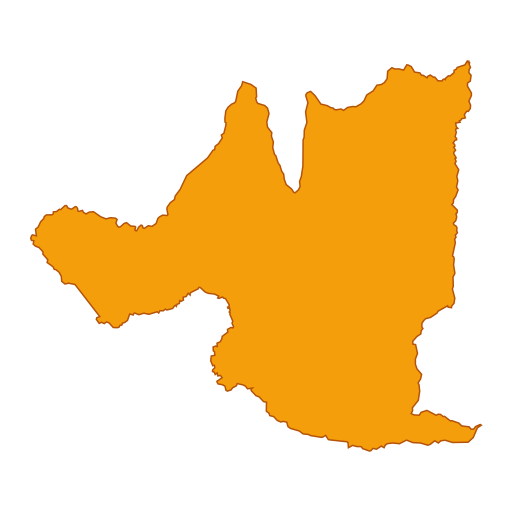 the district of Barra do Garças, Mato Grosso, Brazil
{"feature_id": "56859067B49829973992443", "entity_name": "Barra do Garças", "entity_type": "district", "adm_level": 2, "iso_a3": "BRA", "parent_name": "Brazil", "parent_adm1": "Mato Grosso", "projection": "orthographic", "projection_center": [-52.509, -15.357], "detail": "fine", "context": "isolated", "style": "filled", "palette": "amber", "viewbox_px": 512, "rotation_deg": 0, "n_neighbors": 0, "source": "geoboundaries", "source_scale": "gbopen_adm2", "svg_char_len": 6014}
<svg xmlns="http://www.w3.org/2000/svg" viewBox="0 0 512 512"><path d="M467.3,61.0L464.9,64.9L457.3,67.4L456.0,69.4L454.1,70.3L454.0,72.7L450.0,76.0L448.4,75.8L445.7,78.2L445.2,79.6L444.3,79.0L443.1,79.4L442.0,80.9L437.9,80.8L434.8,77.1L433.5,77.2L430.2,75.0L427.8,76.3L427.1,77.8L423.1,75.3L421.5,75.3L419.9,72.9L414.6,72.1L411.3,66.6L408.3,65.1L406.8,64.8L403.6,70.1L398.9,68.9L394.9,69.0L391.9,67.7L387.7,71.2L387.1,78.7L384.4,82.6L381.3,84.5L376.9,85.2L373.1,90.9L366.7,95.0L364.1,100.7L361.4,103.6L355.9,106.8L352.8,106.5L347.7,107.4L343.5,110.4L341.1,109.0L336.3,109.8L334.4,109.5L333.4,108.2L330.7,107.6L327.2,105.6L320.9,104.1L315.0,95.6L310.6,91.4L307.2,92.8L305.9,94.5L305.9,96.2L307.9,102.7L305.6,111.9L306.9,122.5L304.3,130.1L304.1,137.3L303.1,139.9L302.9,166.1L301.3,176.6L299.6,181.4L300.1,186.6L298.4,189.9L295.1,192.8L293.7,192.3L291.6,189.0L286.2,184.6L284.3,179.3L283.7,174.2L281.6,171.1L280.0,165.6L278.1,162.8L275.8,155.7L274.5,154.4L272.7,147.5L273.4,142.1L271.4,136.2L271.8,132.7L267.5,127.1L267.1,124.4L266.8,121.9L269.0,113.6L267.5,108.1L264.7,105.5L257.8,103.4L256.7,101.9L255.7,97.9L256.6,96.8L256.1,88.1L250.9,84.4L242.7,81.7L241.6,85.7L237.8,91.2L235.7,101.3L234.6,102.8L231.7,104.1L228.1,107.2L225.8,110.9L224.9,118.4L225.0,122.1L226.1,123.0L225.6,126.4L223.9,133.2L221.3,135.1L222.3,137.9L218.5,143.7L215.2,146.2L214.6,149.7L213.0,150.2L207.6,157.9L186.7,175.6L180.2,189.3L175.2,196.0L174.5,199.5L170.3,202.7L167.2,207.1L166.9,209.2L167.9,214.6L167.1,215.5L162.7,215.1L159.6,216.8L157.9,218.4L156.1,223.5L152.0,226.4L148.3,225.7L144.5,228.3L143.1,228.0L142.3,225.6L141.0,225.1L138.7,227.1L136.6,230.8L135.2,230.5L135.0,228.9L135.7,227.1L135.0,226.4L130.7,226.0L126.6,222.7L124.2,223.4L120.5,226.7L119.0,227.2L117.7,226.4L115.9,223.1L117.1,219.5L115.6,218.2L110.4,217.7L106.1,218.9L100.8,216.8L93.4,211.7L89.2,212.1L86.1,213.9L83.4,212.4L82.5,210.4L78.8,211.4L77.9,211.0L77.6,208.5L76.5,206.9L75.3,206.6L71.9,209.0L70.6,209.0L67.8,207.9L66.6,205.6L65.0,205.6L60.7,209.6L59.3,209.3L56.5,211.6L53.4,211.8L53.2,213.9L52.1,214.8L46.4,214.9L44.3,216.5L43.7,218.6L40.7,221.7L38.1,227.1L35.5,229.2L36.4,235.8L32.6,234.9L31.7,235.5L30.7,238.3L31.5,240.4L33.8,240.7L33.2,244.1L35.5,246.2L39.0,247.5L42.3,251.0L43.0,252.1L42.9,254.1L47.8,259.8L47.1,262.5L53.1,266.8L54.2,269.3L56.0,269.7L59.2,272.4L61.3,276.4L61.7,281.3L65.0,284.0L68.6,283.2L75.0,284.5L99.8,316.6L96.8,317.7L96.3,319.3L99.2,323.4L101.4,322.3L104.3,323.6L106.5,321.9L109.1,322.9L113.2,327.5L117.3,327.7L119.0,327.2L120.0,325.3L121.9,325.0L122.4,323.2L124.7,322.5L127.5,320.4L129.7,314.0L133.2,315.0L134.0,313.2L135.2,313.2L138.8,314.7L143.9,313.2L148.8,314.3L157.2,311.8L158.7,313.0L160.0,310.7L163.2,310.8L165.4,309.1L166.9,310.0L172.6,308.5L174.6,305.8L175.6,305.3L176.3,306.3L177.1,304.2L179.3,303.5L179.8,300.6L181.0,301.3L183.4,300.1L183.2,297.2L186.2,296.5L188.1,293.3L190.1,295.0L190.1,293.3L190.9,292.5L198.2,288.8L198.9,287.4L200.1,287.4L205.1,292.0L208.2,293.3L214.6,294.1L218.7,296.1L217.7,298.0L218.9,298.4L222.5,297.0L223.6,298.2L225.5,298.6L229.2,304.8L229.2,305.9L227.6,307.2L228.1,308.4L229.5,307.8L230.1,310.6L229.2,312.0L230.1,312.7L229.9,314.4L232.8,321.2L232.0,323.0L233.5,326.8L232.9,327.9L231.0,327.5L227.5,329.4L227.8,332.1L222.2,336.4L221.8,339.0L220.0,341.9L217.0,343.2L217.3,346.5L215.5,346.1L213.1,347.0L213.3,350.8L214.5,351.7L214.8,355.3L211.3,356.0L210.7,360.7L212.7,365.7L214.1,365.2L214.6,366.0L214.7,367.9L212.7,369.8L212.5,371.5L214.4,372.3L215.2,374.5L217.2,373.0L217.8,375.9L220.5,375.5L222.1,377.7L216.9,381.3L217.2,382.5L218.2,384.0L222.1,384.6L225.0,386.2L225.9,390.2L227.3,391.1L231.0,390.0L232.6,387.8L236.4,385.8L237.3,383.6L243.1,384.9L245.5,386.2L247.5,388.8L252.3,388.1L251.0,389.3L251.3,390.7L255.9,395.6L259.0,396.8L263.6,401.6L266.5,402.2L266.3,411.2L268.9,413.1L269.8,415.6L273.7,416.6L277.3,420.5L280.9,422.0L283.0,421.4L286.7,422.1L288.0,426.6L290.4,428.4L299.3,431.0L303.1,433.9L308.5,434.5L310.6,435.6L321.1,437.3L322.5,437.2L325.7,435.4L328.3,439.5L329.2,439.8L347.1,441.8L348.0,442.7L348.4,447.7L352.6,445.4L357.1,446.6L360.3,446.6L361.5,446.9L362.6,448.6L369.4,451.0L370.7,450.8L373.0,448.4L376.5,449.2L381.3,446.1L384.1,447.7L385.1,445.3L387.2,443.7L392.5,443.0L399.5,443.7L406.5,440.1L412.8,442.6L420.4,443.0L427.8,445.2L430.3,444.3L434.8,440.8L438.3,443.0L440.9,440.8L445.0,440.2L452.6,442.5L468.1,442.2L473.2,437.6L477.4,427.8L481.3,425.2L480.2,424.5L475.5,426.6L473.7,429.1L471.0,429.2L469.3,426.9L461.7,425.9L458.9,423.1L452.0,420.7L450.2,420.8L444.6,416.4L443.0,416.5L440.5,414.4L438.2,414.2L436.2,415.3L426.9,410.4L421.1,412.3L419.2,415.2L413.9,414.9L411.2,413.6L412.6,410.6L412.4,407.8L418.3,400.3L419.7,391.1L419.0,384.8L418.1,382.9L420.6,378.9L421.6,374.3L417.0,368.9L415.4,364.3L415.4,359.1L417.5,353.4L415.6,344.6L412.9,344.1L412.7,341.4L416.9,336.5L420.8,333.9L421.2,330.7L422.9,328.5L421.9,327.1L421.9,323.4L423.7,320.6L425.6,318.7L430.6,317.4L437.1,313.0L437.9,311.3L447.6,305.8L448.0,307.1L451.5,307.7L451.6,306.1L454.0,303.3L454.8,298.2L452.4,289.0L453.3,286.2L453.0,277.1L454.9,273.3L453.6,265.0L454.2,259.1L453.8,257.0L452.5,255.9L455.3,242.8L454.7,239.1L456.0,237.2L455.3,235.2L457.4,232.7L456.7,230.8L457.0,227.8L456.2,226.2L453.9,224.7L453.4,223.1L455.7,220.8L456.7,217.2L456.0,213.5L457.1,212.8L457.4,211.3L457.2,210.0L451.8,204.5L453.3,203.0L453.6,199.5L455.7,196.4L458.1,189.9L456.5,187.1L457.8,180.8L456.8,176.5L458.7,169.8L454.9,163.5L456.1,161.4L455.0,158.6L456.2,157.9L453.9,153.9L453.8,152.3L455.6,150.2L453.7,147.2L454.9,146.3L454.6,144.5L453.1,143.0L455.2,140.1L456.6,139.9L456.6,138.6L455.1,136.6L456.3,132.3L455.6,130.0L456.2,128.6L457.7,128.4L456.2,126.5L455.7,123.0L460.0,122.3L459.3,120.9L460.6,120.4L461.8,118.7L465.3,117.9L464.4,114.8L465.7,112.5L467.1,111.1L468.3,111.4L470.3,108.5L470.6,105.3L468.9,101.1L471.4,95.6L471.4,93.0L467.5,86.2L467.5,84.4L467.6,82.9L470.3,81.1L471.1,75.3L468.9,72.7L469.1,69.5L470.5,67.5L469.2,64.4L469.6,62.8L468.3,62.6L468.9,61.3L467.3,61.0Z" fill="#f59e0b" stroke="#b45309" stroke-width="1.5"/></svg>